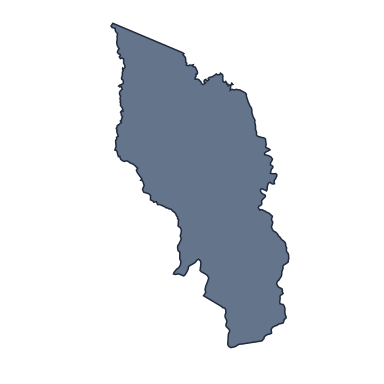 the district of Itapirapuã, Goiás, Brazil, rotated 18°
{"feature_id": "56859067B49967436038382", "entity_name": "Itapirapuã", "entity_type": "district", "adm_level": 2, "iso_a3": "BRA", "parent_name": "Brazil", "parent_adm1": "Goiás", "projection": "robinson", "projection_center": [-50.766, -15.739], "detail": "fine", "context": "isolated", "style": "filled", "palette": "slate", "viewbox_px": 384, "rotation_deg": 18, "n_neighbors": 0, "source": "geoboundaries", "source_scale": "gbopen_adm2", "svg_char_len": 5729}
<svg xmlns="http://www.w3.org/2000/svg" viewBox="0 0 384 384"><g transform="rotate(18 192 192)"><path d="M64.6,56.0L63.7,59.2L65.3,60.3L68.4,60.1L68.7,61.4L69.8,62.9L70.8,63.6L72.1,64.4L72.6,65.7L72.6,67.3L73.3,68.7L73.8,70.7L74.0,72.3L74.5,73.8L75.6,75.7L76.9,77.0L78.5,78.1L77.9,79.3L77.8,82.1L79.4,83.3L80.8,83.3L81.7,84.1L81.1,85.9L82.7,87.3L84.0,86.2L85.8,86.6L86.6,88.7L87.0,90.4L88.1,91.5L89.1,92.6L89.8,94.5L89.0,95.9L87.8,95.5L88.0,96.9L89.2,98.1L88.7,99.6L89.4,101.4L89.8,103.9L89.7,105.4L90.4,106.6L92.0,106.9L92.6,108.6L93.1,109.8L92.3,111.0L90.3,112.6L89.5,114.0L90.8,114.4L92.2,113.6L93.9,115.8L92.8,117.6L92.4,119.0L92.5,120.7L93.4,122.0L94.3,122.7L94.5,124.2L94.8,125.9L95.8,127.0L95.8,128.6L96.8,129.8L97.2,131.8L99.4,133.3L100.9,135.3L101.4,136.6L99.9,136.5L99.4,138.3L100.3,139.0L101.2,141.0L102.8,142.0L102.4,143.5L102.7,145.2L101.9,146.6L103.4,147.4L101.7,150.4L100.4,152.0L100.7,153.4L100.3,154.9L101.2,155.7L101.9,158.0L103.3,159.9L104.7,161.8L103.3,163.3L104.2,165.1L103.4,166.3L104.0,168.2L104.8,170.1L105.7,172.0L105.7,174.1L105.7,176.0L107.5,175.8L108.7,177.4L109.7,179.2L111.1,181.1L112.3,180.4L113.5,182.3L114.4,183.1L116.6,183.8L118.3,183.8L119.4,183.0L120.7,182.5L122.7,182.9L124.1,183.5L126.3,183.6L127.6,183.8L129.2,184.3L131.6,185.6L133.0,186.2L132.3,188.4L133.9,190.3L136.8,192.5L138.5,193.7L140.1,194.9L139.6,196.7L141.0,196.4L142.4,197.6L143.3,199.0L144.5,200.5L144.1,204.7L145.1,206.0L146.2,207.1L149.1,207.1L151.1,207.0L152.3,207.4L153.7,208.2L154.9,212.3L157.4,212.6L158.9,213.6L161.0,212.2L162.2,213.4L163.1,214.6L165.3,213.9L168.0,214.2L170.8,214.5L172.3,215.1L173.7,214.7L175.4,215.2L177.4,214.8L179.1,215.9L182.5,217.1L183.6,218.2L184.8,219.5L186.1,220.4L186.5,221.8L187.8,222.6L188.4,225.2L188.9,227.0L189.2,228.6L190.3,229.1L191.9,229.5L193.2,230.9L193.9,232.4L194.4,235.0L194.2,236.3L194.7,238.0L195.7,238.9L196.3,240.6L195.7,245.5L195.0,247.3L195.5,249.5L196.4,251.3L197.2,252.3L198.9,252.9L199.8,255.4L201.0,259.3L203.0,261.8L203.5,265.0L203.0,267.4L202.4,268.6L201.2,270.2L199.7,274.1L199.7,275.7L201.6,275.6L204.5,274.0L210.1,274.4L211.1,272.6L211.8,269.5L212.2,266.4L211.7,264.1L213.2,262.1L215.1,260.1L216.8,258.0L217.7,255.4L219.0,253.9L221.4,254.9L222.5,257.0L223.3,260.8L223.9,264.1L225.6,265.0L227.7,265.4L229.4,265.7L232.3,266.5L234.5,268.6L234.5,272.8L234.2,276.8L234.5,280.6L236.1,283.4L235.6,285.3L235.0,287.1L255.7,291.8L256.9,292.6L258.7,292.2L260.2,293.3L261.5,296.0L261.5,299.0L262.3,301.0L264.5,303.1L265.3,305.3L265.2,307.6L265.9,309.2L270.4,311.6L270.8,313.4L270.5,315.9L271.2,318.8L271.9,321.0L272.4,323.4L273.2,326.1L274.6,327.4L277.0,328.0L279.3,326.7L281.3,325.3L282.5,323.6L283.5,322.6L284.7,321.8L286.2,321.3L304.5,312.0L305.7,309.2L305.5,307.3L306.4,305.9L307.3,304.8L308.2,304.0L309.6,303.2L311.3,301.8L310.8,300.4L309.7,298.5L310.3,296.0L311.7,294.4L312.5,293.5L313.7,292.9L315.5,290.6L317.2,289.7L319.2,288.3L319.2,286.6L319.2,284.4L320.3,283.3L320.2,281.8L318.5,279.7L317.8,278.5L317.2,277.0L316.8,275.2L316.3,273.9L314.6,271.7L313.4,270.8L312.2,271.0L310.1,271.1L309.2,268.7L308.9,266.7L308.4,265.1L307.8,263.9L308.4,262.5L309.5,261.4L310.0,260.2L308.8,259.2L308.4,257.6L307.4,256.2L304.4,255.8L303.1,255.4L301.6,253.9L300.7,252.8L300.8,251.1L301.2,249.9L302.0,248.7L302.4,246.6L303.0,244.6L302.7,242.2L302.1,240.4L302.1,238.4L302.2,236.4L301.3,234.6L301.8,233.2L302.9,231.9L304.2,230.3L305.1,228.9L304.7,227.3L304.7,225.6L304.0,224.0L303.5,222.4L302.2,220.5L300.5,219.6L299.5,217.5L299.3,215.9L298.0,214.6L297.2,212.8L296.5,211.5L294.2,210.2L292.0,209.6L290.8,208.7L289.2,207.5L287.8,207.1L286.8,205.9L284.3,204.4L281.4,203.9L279.8,202.5L278.3,200.6L278.4,197.1L277.9,195.3L276.8,194.6L276.0,193.2L276.0,190.2L273.5,189.1L271.9,188.4L270.7,188.2L268.9,188.1L267.3,187.5L266.2,187.7L264.8,187.2L263.0,187.4L262.1,188.3L259.9,186.4L260.1,184.7L261.4,183.6L262.1,182.4L261.8,180.9L260.8,178.9L261.7,176.7L263.2,173.8L262.7,172.4L259.7,171.9L258.1,171.2L256.9,170.1L256.4,168.2L257.3,167.3L259.2,167.6L260.7,167.6L262.4,168.0L262.7,166.3L262.3,165.0L261.9,163.2L261.9,160.1L263.2,158.7L265.1,159.4L266.6,159.4L267.9,158.6L266.9,157.1L266.7,155.3L267.2,154.1L267.7,150.8L267.3,149.2L265.9,148.6L264.7,149.1L263.5,149.6L260.8,150.1L260.4,145.9L261.3,144.1L261.0,142.6L258.1,141.8L257.7,139.9L258.3,137.5L258.4,135.8L256.0,134.2L253.5,133.8L251.6,133.9L249.5,134.0L249.0,132.8L249.9,131.1L250.9,130.1L251.9,129.3L253.2,127.8L251.7,127.1L250.6,127.0L248.7,127.0L247.9,125.9L248.0,124.0L247.0,122.2L245.9,119.8L245.3,118.7L243.6,118.3L241.2,118.6L239.4,118.6L238.3,118.7L236.9,118.6L235.7,117.9L234.9,115.2L233.0,112.7L232.1,109.8L231.3,108.2L230.1,106.4L229.7,104.3L228.3,102.9L227.3,102.0L226.4,101.0L225.7,99.9L224.9,98.8L223.9,96.6L223.5,95.3L222.6,93.8L221.3,92.8L219.8,91.5L218.8,90.2L217.9,89.4L216.7,87.7L214.8,85.1L214.0,83.8L213.4,82.1L211.8,81.2L210.0,80.9L208.7,80.6L207.5,80.5L206.1,80.1L204.4,80.5L202.3,80.7L200.5,82.0L199.0,81.9L197.7,82.3L196.9,83.4L196.4,80.9L195.9,78.2L194.6,78.7L193.6,79.9L192.9,78.3L191.6,78.6L191.2,77.4L189.9,76.4L189.2,77.7L187.4,77.3L186.6,75.7L186.0,73.9L185.7,72.5L184.7,70.9L182.3,70.2L182.2,71.7L181.0,72.2L179.7,72.7L178.6,72.2L177.5,73.9L176.0,75.8L174.8,76.7L173.0,77.7L172.3,79.3L173.4,80.0L172.4,81.6L171.3,81.4L170.3,80.6L169.1,81.9L169.3,83.5L171.1,84.1L170.2,85.4L169.1,86.4L167.8,86.1L166.6,84.6L163.8,83.1L162.6,82.9L160.2,83.7L159.7,82.0L160.1,80.4L159.3,78.6L160.6,78.0L160.3,76.4L159.0,74.8L157.6,73.4L156.5,72.2L155.3,72.3L153.8,72.0L153.9,70.6L152.0,71.8L150.8,71.8L149.7,72.9L147.4,73.1L147.2,71.0L145.8,70.2L145.1,68.0L144.0,66.0L142.3,65.0L141.1,64.3L141.6,62.9L139.8,62.4L64.6,56.0ZM195.9,78.2L197.6,77.1L196.2,76.2L195.9,78.2Z" fill="#64748b" stroke="#1e293b" stroke-width="1.5"/></g></svg>